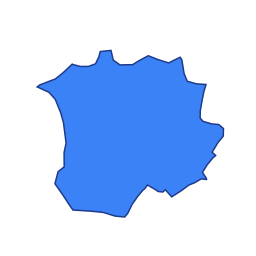 the district of Taegwan, P'yŏngan-bukto, North Korea, rotated 248°
{"feature_id": "82179303B79358107253704", "entity_name": "Taegwan", "entity_type": "district", "adm_level": 2, "iso_a3": "PRK", "parent_name": "North Korea", "parent_adm1": "P'yŏngan-bukto", "projection": "natural_earth1", "projection_center": [125.481, 39.935], "detail": "fine", "context": "isolated", "style": "filled", "palette": "blue", "viewbox_px": 256, "rotation_deg": 248, "n_neighbors": 0, "source": "geoboundaries", "source_scale": "gbopen_adm2", "svg_char_len": 1026}
<svg xmlns="http://www.w3.org/2000/svg" viewBox="0 0 256 256"><g transform="rotate(248 128 128)"><path d="M69.7,199.0L74.0,196.9L80.7,205.8L84.8,213.3L91.7,216.3L97.3,213.4L100.2,207.5L106.0,200.1L110.2,198.6L117.1,201.6L126.7,207.6L133.6,212.2L139.1,216.6L143.4,207.8L149.2,200.4L157.5,200.4L164.5,202.0L171.4,203.5L174.1,202.8L173.1,190.1L180.3,181.3L187.4,173.9L186.3,163.5L185.0,156.0L189.5,144.2L196.5,139.8L206.3,141.3L209.3,130.9L205.2,127.9L199.7,122.0L199.9,114.5L202.8,107.1L207.1,101.2L208.1,100.2L203.3,87.8L200.7,78.9L201.0,62.5L200.1,59.2L190.7,68.1L181.8,71.3L167.3,71.3L157.2,70.2L137.1,64.9L129.3,59.6L115.9,54.3L113.7,46.8L103.7,39.4L90.3,42.5L79.1,44.7L72.6,46.2L71.3,48.9L64.6,62.8L59.0,73.4L51.2,83.0L46.7,91.6L49.0,95.8L55.7,103.3L61.2,111.8L64.6,118.2L65.7,121.4L67.9,124.6L61.2,129.9L57.9,132.1L55.6,136.3L56.7,139.5L47.8,142.7L50.0,154.4L52.3,163.0L52.3,169.4L53.4,176.8L50.9,181.5L52.0,181.8L59.0,180.4L64.4,187.9L68.4,195.3L69.7,199.0Z" fill="#3b82f6" stroke="#1e3a8a" stroke-width="1.5"/></g></svg>